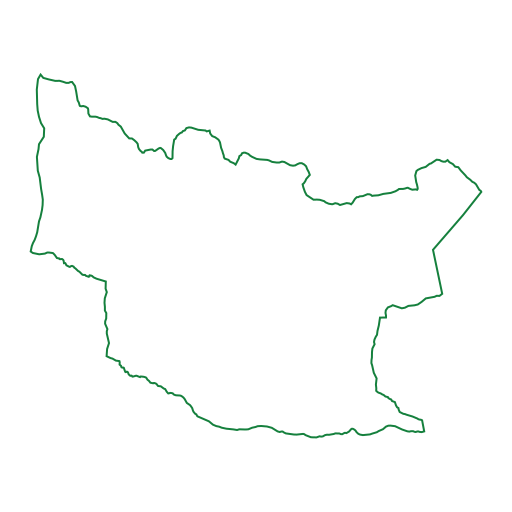 the district of La Caldera, Salta, Argentina
{"feature_id": "61730980B48775712926369", "entity_name": "La Caldera", "entity_type": "district", "adm_level": 2, "iso_a3": "ARG", "parent_name": "Argentina", "parent_adm1": "Salta", "projection": "natural_earth1", "projection_center": [-65.462, -24.55], "detail": "fine", "context": "isolated", "style": "outline", "palette": "green", "viewbox_px": 512, "rotation_deg": 0, "n_neighbors": 0, "source": "geoboundaries", "source_scale": "gbopen_adm2", "svg_char_len": 6018}
<svg xmlns="http://www.w3.org/2000/svg" viewBox="0 0 512 512"><path d="M304.2,164.5L301.8,163.2L299.7,163.2L297.5,164.1L295.2,165.4L293.0,165.7L290.1,165.2L284.4,162.0L282.0,161.6L279.4,162.5L276.4,162.5L272.1,161.9L269.0,160.4L267.2,159.9L260.0,159.4L256.5,158.9L252.0,156.8L250.1,155.6L248.4,154.0L245.2,152.7L243.6,152.7L242.0,153.3L241.2,155.0L239.4,156.1L238.8,158.4L235.6,164.6L233.8,163.2L230.2,161.7L228.5,159.9L224.7,158.6L223.9,157.1L223.7,155.3L222.9,153.1L222.4,151.2L221.1,147.8L220.0,142.4L219.2,140.8L218.4,139.6L215.2,137.3L212.2,136.1L210.2,133.5L209.6,130.6L206.7,131.4L205.5,130.5L198.2,129.8L191.3,127.6L189.0,127.4L186.4,128.1L184.9,130.4L182.9,131.1L181.8,132.5L180.5,132.9L179.0,134.0L176.9,135.9L175.6,138.7L174.2,139.6L173.1,146.1L172.6,151.2L172.5,158.1L171.6,159.0L170.4,159.0L168.3,158.1L166.7,156.7L166.1,155.5L165.2,152.9L163.2,150.0L160.9,148.1L160.1,147.9L158.6,148.5L155.2,150.9L154.1,151.0L152.4,149.5L150.8,149.5L145.2,150.6L143.8,152.7L142.3,152.7L141.9,152.0L140.4,150.8L138.9,148.9L138.2,147.1L137.7,143.9L136.6,142.4L134.4,140.3L132.0,138.5L129.2,138.4L124.7,133.5L120.8,126.6L118.4,124.7L117.4,123.2L115.5,121.9L112.7,121.9L107.8,119.4L104.4,118.7L102.5,118.9L100.4,118.1L99.4,118.0L97.0,117.0L95.5,116.7L92.1,116.7L90.0,116.4L88.4,113.6L88.2,109.5L87.9,108.3L85.6,106.7L83.2,106.0L81.3,106.3L80.0,106.0L79.7,105.6L78.8,102.5L77.6,100.4L76.2,91.7L75.0,86.0L72.1,82.0L70.3,82.1L68.6,82.9L66.3,82.9L63.1,81.8L59.5,80.8L55.3,80.9L48.7,79.4L43.3,77.9L40.6,74.6L38.0,79.1L36.8,89.5L37.2,104.1L37.7,110.6L39.0,116.8L41.0,123.1L44.2,128.3L43.8,136.8L39.0,144.2L38.5,149.2L36.9,156.9L37.8,170.7L39.7,177.5L41.1,188.9L42.1,194.7L42.8,199.6L42.6,205.1L42.0,209.9L40.4,217.3L39.0,221.4L37.2,232.3L36.0,236.3L34.6,240.0L33.0,243.0L31.8,246.1L30.7,251.5L32.9,253.0L39.2,254.3L44.9,253.6L47.3,252.5L48.7,252.5L52.5,253.0L53.1,253.2L54.8,255.0L56.9,258.0L59.3,258.5L59.5,259.0L59.9,259.2L62.0,259.0L62.6,259.4L63.2,259.9L63.6,260.7L64.0,263.2L65.2,263.1L65.5,263.4L66.4,265.3L69.5,266.9L69.9,266.9L71.1,266.1L72.0,265.9L73.6,266.6L74.3,267.7L75.4,268.4L78.1,271.0L79.4,271.7L82.4,274.7L83.9,275.0L84.9,274.9L85.3,275.1L85.9,275.8L88.7,276.8L89.3,276.5L89.3,275.7L89.6,275.3L91.2,275.6L92.1,276.0L93.7,277.4L96.5,278.7L105.8,281.5L105.6,288.7L106.8,292.1L104.8,298.3L104.5,302.8L104.9,306.9L104.9,310.6L106.3,313.1L106.2,318.5L105.2,321.3L105.1,323.7L107.4,329.1L106.8,331.2L106.8,333.6L109.0,343.1L107.1,349.0L106.6,356.2L110.6,358.1L112.5,358.6L115.9,360.6L119.4,361.1L119.7,362.2L119.6,364.6L121.0,365.8L121.5,367.3L122.3,367.6L123.5,367.6L123.8,367.8L125.2,371.8L125.6,372.1L126.0,372.1L126.6,371.7L127.3,371.8L128.0,372.4L128.5,374.0L129.3,375.0L130.3,375.8L131.3,375.6L131.8,375.8L132.4,376.6L132.9,376.6L136.1,375.7L136.7,375.8L139.7,377.0L140.1,377.1L140.6,376.5L141.2,376.5L143.8,376.8L145.8,377.4L146.5,378.1L147.4,379.6L149.1,381.0L150.4,382.7L153.2,383.3L153.7,383.0L154.3,383.0L155.8,383.5L156.9,384.4L157.3,385.1L158.1,386.0L160.8,386.3L163.7,388.5L165.2,389.1L166.7,391.7L168.2,393.4L168.8,393.4L170.1,392.9L171.9,393.1L172.8,393.4L173.6,394.4L175.2,395.1L176.2,395.3L179.7,395.5L180.8,395.7L182.0,396.4L183.4,397.5L184.7,399.1L186.8,402.9L190.0,405.1L190.9,406.2L192.2,408.1L193.0,410.7L193.6,411.9L195.3,413.9L196.3,414.3L197.1,415.9L197.6,416.4L208.9,421.3L213.0,424.7L216.3,426.1L219.2,426.7L221.7,427.7L226.4,428.7L233.4,429.4L237.1,430.0L239.3,429.3L245.7,429.5L248.3,429.3L252.2,427.7L255.5,427.0L257.6,426.2L261.2,426.0L267.0,426.5L271.8,427.8L277.6,431.4L279.7,432.0L281.5,431.5L282.6,431.5L283.8,432.4L285.8,433.4L293.8,434.5L296.6,434.6L303.1,433.9L304.3,434.2L305.5,435.1L310.8,437.2L312.4,437.3L316.5,437.4L319.6,436.3L321.1,436.6L322.8,436.4L325.1,435.1L327.0,434.7L329.0,434.8L333.7,434.0L335.3,433.4L339.4,433.5L340.8,434.1L342.2,434.2L344.5,432.9L345.1,432.8L346.4,433.1L349.1,431.5L351.1,429.2L352.0,428.7L353.1,428.9L354.5,429.7L355.6,430.7L356.5,432.1L358.3,433.8L360.1,434.6L362.9,435.1L370.0,434.4L372.2,433.6L376.9,432.2L378.6,431.1L383.0,429.2L386.0,426.6L388.3,425.7L390.4,425.6L395.1,426.2L402.1,429.5L407.3,431.3L409.3,431.6L411.0,431.2L413.1,431.2L414.5,431.8L415.7,432.0L417.2,431.5L418.2,431.4L419.7,431.9L421.7,432.1L424.2,431.4L422.1,420.3L420.8,419.7L419.6,419.6L418.3,419.2L417.5,418.6L412.5,416.5L406.5,414.7L405.0,414.1L403.3,413.8L399.7,412.0L398.7,409.7L398.4,408.0L397.1,407.3L396.0,405.4L394.9,402.1L392.0,401.0L391.2,399.5L389.9,399.0L388.4,398.1L387.9,397.1L385.4,396.5L383.7,395.0L382.2,394.4L380.7,393.4L379.1,392.9L377.7,392.2L376.2,390.8L376.3,388.2L375.9,384.6L376.6,378.4L373.8,372.8L372.1,365.2L371.4,363.1L371.5,360.1L371.9,357.6L372.0,352.0L372.4,348.5L374.6,344.2L374.0,342.0L374.5,339.5L375.8,336.7L377.0,334.8L377.5,330.9L378.8,325.6L380.0,317.6L386.0,317.5L386.0,315.6L385.5,312.9L385.8,310.3L387.9,307.4L391.0,306.2L392.7,305.2L401.8,308.3L404.9,307.7L408.4,305.9L414.5,305.3L417.8,304.5L421.6,301.9L425.8,298.4L434.6,296.8L436.7,295.8L439.5,295.9L442.2,293.8L433.0,249.8L463.0,215.1L481.3,191.9L480.7,190.8L479.3,189.9L476.0,184.3L474.2,182.7L472.3,181.8L470.3,179.8L466.8,177.2L465.5,175.5L460.7,170.4L458.3,167.2L455.2,166.7L452.9,164.1L449.4,162.2L447.6,160.1L445.3,161.7L443.4,161.7L441.4,161.1L439.5,160.0L436.6,159.7L430.9,163.5L429.6,163.8L425.7,166.9L421.5,168.1L417.8,169.9L416.4,171.1L415.2,175.5L416.2,182.0L417.0,184.7L417.6,187.5L417.7,188.9L417.1,189.8L415.8,189.4L412.3,189.7L410.3,189.0L407.9,187.8L407.2,187.8L405.1,188.5L403.2,188.9L399.0,189.0L397.7,190.0L395.4,191.3L390.8,192.9L383.3,193.9L378.3,195.3L373.8,195.6L372.1,195.9L370.8,194.8L369.4,194.3L367.5,194.2L362.9,196.1L359.6,196.4L358.4,197.1L356.7,197.2L354.9,199.0L352.6,202.7L351.1,204.3L349.6,203.5L346.7,203.1L340.0,205.0L337.7,203.7L335.2,203.2L332.6,204.2L331.7,204.2L328.7,203.7L325.5,202.3L324.3,201.2L319.8,199.8L317.0,199.6L313.5,199.7L306.6,195.1L304.9,191.8L303.3,187.2L302.6,184.3L303.8,183.3L305.2,181.3L306.3,178.9L309.8,174.9L308.7,171.9L307.2,169.2L306.1,166.3L304.2,164.5Z" fill="none" stroke="#15803d" stroke-width="2"/></svg>